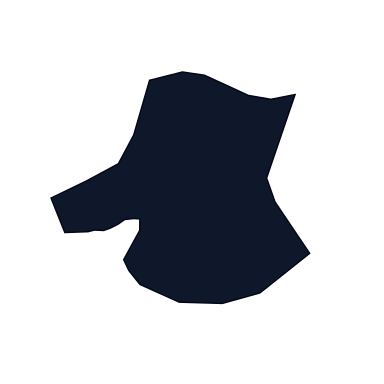 map outline of Gornja Radgona (Natural Earth projection), rotated 337°
{"feature_id": "SVN-927", "entity_name": "Gornja Radgona", "entity_type": "Municipality", "adm_level": 1, "iso_a3": "SVN", "parent_name": "Slovenia", "parent_adm1": "", "projection": "natural_earth1", "projection_center": [15.951, 46.64], "detail": "fine", "context": "isolated", "style": "filled", "palette": "ink", "viewbox_px": 384, "rotation_deg": 337, "n_neighbors": 0, "source": "natural_earth", "source_scale": "10m", "svg_char_len": 533}
<svg xmlns="http://www.w3.org/2000/svg" viewBox="0 0 384 384"><g transform="rotate(337 192 192)"><path d="M196.6,72.6L230.1,77.8L249.1,89.4L281.4,124.9L281.6,125.1L300.8,137.5L324.9,142.6L266.1,208.3L264.5,233.5L276.3,294.4L215.1,311.4L176.4,306.4L137.2,288.4L108.0,256.8L103.2,239.7L102.7,227.6L128.9,206.9L133.5,196.4L128.1,193.7L119.3,191.0L111.5,192.7L102.7,193.3L95.7,192.9L87.3,188.9L80.8,187.9L59.1,179.6L59.9,142.5L99.2,140.6L135.3,137.2L160.6,116.8L196.6,72.6Z" fill="#0f172a" stroke="#020617" stroke-width="1.5"/></g></svg>